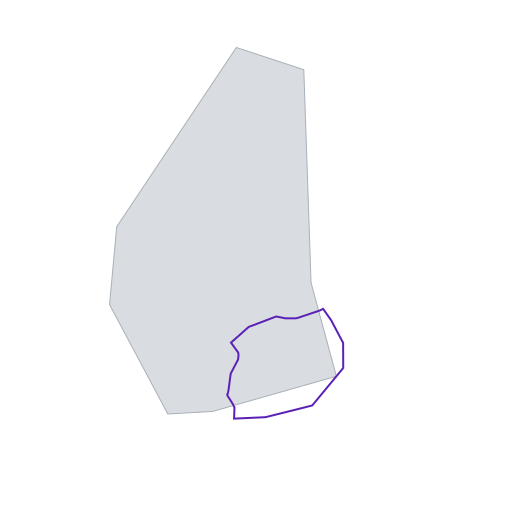 location of Saint Philip within Barbados, rotated 35°
{"feature_id": "BRB-1998", "entity_name": "Saint Philip", "entity_type": "Parish", "adm_level": 1, "iso_a3": "BRB", "parent_name": "Barbados", "parent_adm1": "", "projection": "robinson", "projection_center": [-59.481, 13.137], "detail": "fine", "context": "in_parent", "style": "outline", "palette": "violet", "viewbox_px": 512, "rotation_deg": 35, "n_neighbors": 0, "source": "natural_earth", "source_scale": "10m", "svg_char_len": 657}
<svg xmlns="http://www.w3.org/2000/svg" viewBox="0 0 512 512"><g transform="rotate(35 256 256)"><path d="M309.7,408.1L274.4,436.0L163.9,379.8L125.1,311.9L120.3,96.5L188.3,76.0L316.4,246.3L390.8,308.4L309.7,408.1Z" fill="#d9dde1" stroke="#a8b0b8" stroke-width="1"/><path d="M341.3,260.8L354.4,265.5L377.2,277.2L391.7,297.7L387.8,346.2L356.1,382.7L331.3,401.8L325.3,392.5L322.2,390.7L315.1,387.7L313.0,386.9L311.8,385.9L311.9,385.3L310.3,381.4L303.1,367.6L302.7,366.5L300.7,351.1L298.6,347.3L296.8,345.3L285.2,341.3L290.7,318.3L307.2,294.0L316.0,290.1L324.3,284.3L325.9,282.5L339.4,264.2L341.3,260.8Z" fill="none" stroke="#5b21b6" stroke-width="2"/></g></svg>